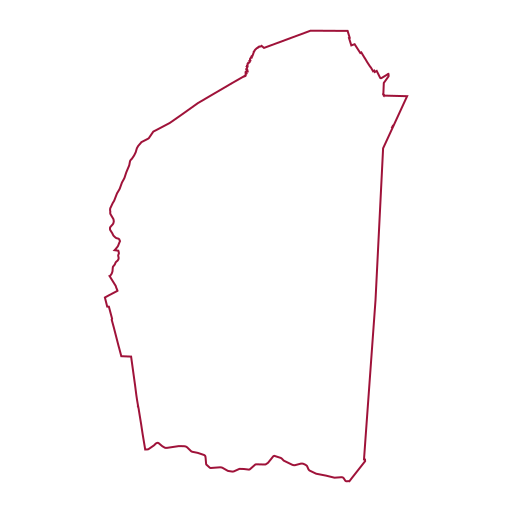 the district of Emmen, Drenthe, Netherlands
{"feature_id": "6326949B31474052020182", "entity_name": "Emmen", "entity_type": "district", "adm_level": 2, "iso_a3": "NLD", "parent_name": "Netherlands", "parent_adm1": "Drenthe", "projection": "mercator", "projection_center": [6.941, 52.753], "detail": "fine", "context": "isolated", "style": "outline", "palette": "rose", "viewbox_px": 512, "rotation_deg": 0, "n_neighbors": 0, "source": "geoboundaries", "source_scale": "gbopen_adm2", "svg_char_len": 5574}
<svg xmlns="http://www.w3.org/2000/svg" viewBox="0 0 512 512"><path d="M145.2,449.5L147.7,449.4L148.1,449.3L148.4,449.2L153.8,445.5L154.4,445.0L155.5,443.8L155.9,443.5L156.6,443.1L157.6,442.8L158.1,442.9L158.6,443.1L161.9,445.9L162.6,446.4L164.5,447.5L165.1,447.8L165.7,447.9L166.2,447.9L166.8,447.9L178.8,446.1L183.8,446.2L184.8,446.3L185.2,446.4L185.7,446.5L186.3,446.8L187.1,447.3L191.1,451.2L191.8,451.6L192.4,451.8L196.9,452.7L197.8,452.9L203.8,454.9L204.3,455.1L204.8,455.5L205.1,455.8L205.2,456.1L205.4,456.4L205.4,456.7L205.6,457.9L206.1,463.8L206.2,464.2L206.3,464.5L206.7,464.9L209.7,467.6L210.0,467.8L210.3,467.9L210.7,468.0L220.0,467.3L220.8,467.3L221.5,467.5L222.3,467.7L227.2,470.5L227.7,470.8L228.4,471.0L232.5,471.6L233.2,471.5L233.8,471.4L238.7,469.2L239.4,468.9L240.0,468.9L240.6,468.9L243.9,469.0L248.8,469.6L249.5,469.5L249.7,469.3L250.0,469.2L255.2,464.6L255.4,464.5L255.7,464.4L256.5,464.3L260.2,464.4L265.0,464.5L265.6,464.4L266.1,464.1L267.9,462.9L268.1,462.7L271.6,458.4L273.0,456.6L273.3,456.3L273.6,456.1L273.9,456.0L274.3,455.9L274.7,455.9L275.1,456.1L280.7,457.9L281.4,458.3L281.9,458.7L283.7,460.6L284.1,460.8L292.3,464.8L293.3,465.1L294.2,465.2L294.9,465.2L300.6,463.7L301.0,463.6L301.5,463.6L302.3,463.6L303.0,463.7L304.0,464.1L304.5,464.3L305.6,464.9L306.6,465.6L307.0,466.0L307.2,466.4L308.5,469.4L308.9,469.9L309.4,470.4L309.7,470.6L316.1,473.7L317.1,473.9L325.9,475.6L334.5,477.7L341.4,477.2L342.2,477.3L342.6,477.4L343.0,477.6L343.6,478.1L343.8,478.4L345.1,480.4L345.5,480.9L345.7,481.0L346.1,481.2L346.8,481.3L348.4,481.1L348.9,481.2L349.3,481.3L349.5,481.1L351.8,478.1L365.1,461.2L365.0,459.5L364.6,459.4L364.0,459.4L365.7,435.6L375.5,300.3L383.1,148.3L392.7,127.5L392.1,127.3L392.8,125.9L393.3,126.2L407.1,96.2L384.0,95.6L383.9,95.8L383.7,95.6L383.9,94.9L383.7,94.8L383.6,94.7L383.6,94.4L383.1,94.1L383.4,92.9L383.8,83.0L383.9,82.8L388.5,76.4L388.5,76.2L388.6,75.9L388.5,74.2L388.4,73.9L388.0,74.0L387.7,74.2L386.9,74.8L381.4,78.1L381.1,78.2L380.8,78.2L380.5,78.1L380.2,77.9L376.7,70.9L374.8,72.0L374.2,70.6L373.1,71.3L370.9,67.5L370.1,66.6L367.1,62.0L365.0,58.4L364.9,58.4L361.3,52.4L360.3,53.0L354.6,44.2L351.3,45.4L349.0,38.0L349.7,37.8L347.6,30.9L310.5,30.7L264.0,47.9L261.6,45.9L261.2,46.3L260.8,46.4L260.5,46.5L260.4,46.5L260.2,46.4L259.9,46.4L259.6,46.5L258.9,47.0L258.7,46.8L258.2,47.1L258.1,47.3L257.9,47.7L257.6,47.9L257.1,48.1L256.7,48.2L256.3,48.7L255.3,49.6L254.8,50.2L254.6,50.7L254.5,50.9L254.4,51.1L254.0,51.4L253.8,51.6L253.7,51.8L253.8,52.3L253.7,52.5L253.2,53.7L253.2,54.0L253.0,54.4L252.9,54.6L252.5,55.8L251.8,56.0L251.5,56.3L251.4,56.5L251.4,56.8L251.5,57.0L251.8,57.3L251.8,57.6L251.6,57.7L250.9,57.6L250.2,58.6L250.1,58.9L250.0,59.1L250.0,59.6L250.2,60.4L250.4,60.5L250.3,60.8L250.0,60.9L249.7,60.9L249.4,61.0L249.7,61.8L249.6,62.2L249.3,62.4L248.8,62.8L248.6,62.8L248.2,62.8L248.1,63.0L248.2,63.5L247.9,63.8L247.7,63.9L247.5,64.0L247.5,64.4L247.5,64.7L247.5,65.0L247.4,65.5L247.6,65.8L247.6,66.2L247.0,66.1L247.0,66.4L246.9,66.3L246.7,66.5L247.0,66.8L247.1,67.0L247.1,67.8L246.9,68.1L246.6,68.9L246.5,69.0L246.3,69.0L246.2,69.2L246.3,69.4L246.4,69.6L246.5,69.6L247.0,69.6L247.3,69.8L247.4,70.1L247.3,70.5L247.7,71.3L247.7,71.5L246.9,71.6L246.5,71.5L245.9,71.7L245.7,71.9L245.6,72.0L245.6,72.3L245.6,72.5L245.6,72.8L245.9,72.9L246.3,73.0L246.5,73.2L246.6,73.5L245.8,74.0L245.6,74.2L245.6,74.3L245.6,74.7L245.6,75.1L245.7,75.4L245.7,75.5L245.1,75.7L245.1,75.8L245.1,76.1L243.8,76.6L243.8,76.4L232.4,82.9L197.9,103.1L179.2,116.4L169.7,123.0L156.6,129.9L153.3,131.6L148.8,138.2L148.1,138.7L141.3,142.2L141.0,142.7L138.3,145.8L138.1,146.1L136.9,148.2L136.5,149.5L136.0,151.2L135.8,152.0L135.0,153.7L134.2,155.3L133.7,156.1L131.8,158.9L131.1,159.5L130.9,159.8L130.4,160.4L130.2,160.8L130.0,161.3L129.3,165.0L129.0,165.9L126.5,171.8L126.0,173.2L124.8,176.9L124.5,177.8L124.1,178.6L123.7,179.4L122.3,181.9L121.9,182.7L119.7,188.8L119.5,189.1L119.2,189.7L117.6,192.4L117.1,193.2L116.6,194.4L114.4,200.1L114.2,200.6L113.7,201.5L113.0,202.6L112.6,203.3L110.7,207.4L110.4,207.9L110.2,208.6L110.1,209.2L110.1,209.8L110.1,210.4L110.2,211.2L110.3,211.5L110.3,211.9L110.2,213.0L110.3,213.6L110.5,214.2L112.1,216.9L113.3,218.9L113.5,219.4L113.6,220.0L113.7,220.7L113.8,221.2L113.7,221.9L113.5,222.7L113.3,223.4L113.1,223.8L112.6,224.5L112.3,224.8L110.6,226.7L110.3,227.1L110.2,227.3L110.0,227.8L110.0,228.5L110.0,229.2L110.1,229.7L110.2,230.0L110.4,230.3L112.3,233.3L113.2,235.2L113.7,235.9L115.3,237.4L116.0,237.9L116.3,238.1L117.0,238.3L117.9,238.5L118.1,238.6L118.5,238.7L118.9,239.0L119.3,239.4L119.4,239.8L120.0,241.1L118.9,243.7L118.1,245.8L117.8,246.3L117.1,247.3L116.4,248.1L115.7,249.0L114.6,250.2L118.3,250.7L118.6,251.7L118.7,252.0L118.8,252.7L118.9,253.3L118.8,253.7L118.3,254.9L118.2,255.4L118.2,255.8L118.6,257.6L118.6,257.9L118.6,258.6L118.4,259.3L118.2,259.7L117.8,260.3L117.6,260.6L116.4,261.6L115.9,262.1L115.6,262.6L115.3,263.2L114.8,264.5L113.8,265.7L113.0,266.7L112.9,267.1L112.8,267.6L112.7,268.6L112.5,271.2L112.3,271.9L112.0,272.8L111.6,273.8L110.5,275.4L109.9,276.0L109.6,276.1L110.2,277.0L110.9,278.2L115.7,285.9L115.8,286.2L116.3,287.8L116.7,288.7L117.5,290.7L117.5,290.8L116.8,291.2L116.6,291.3L109.1,295.2L107.3,296.2L104.9,297.5L107.2,306.6L108.9,306.7L112.1,318.8L111.7,319.7L113.9,327.8L118.8,346.9L119.0,347.5L121.3,356.2L131.1,356.6L135.1,385.5L136.3,394.9L137.0,399.6L137.4,402.0L138.1,406.1L137.9,406.2L137.9,406.3L137.9,406.5L138.0,406.8L138.3,407.0L138.8,409.6L138.8,409.9L139.1,411.7L141.2,424.6L141.5,426.6L142.6,433.9L145.2,449.5Z" fill="none" stroke="#9f1239" stroke-width="2"/></svg>